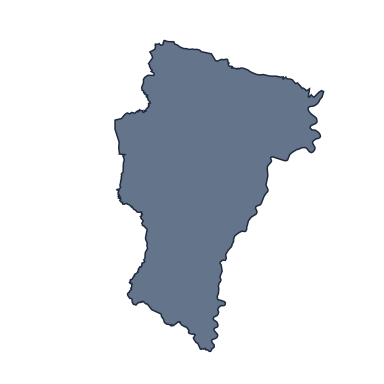 the district of Huetamo, Michoacán, Mexico, rotated 292°
{"feature_id": "50627088B12818336981253", "entity_name": "Huetamo", "entity_type": "district", "adm_level": 2, "iso_a3": "MEX", "parent_name": "Mexico", "parent_adm1": "Michoacán", "projection": "mercator", "projection_center": [-101.141, 18.66], "detail": "fine", "context": "isolated", "style": "filled", "palette": "slate", "viewbox_px": 384, "rotation_deg": 292, "n_neighbors": 0, "source": "geoboundaries", "source_scale": "gbopen_adm2", "svg_char_len": 6034}
<svg xmlns="http://www.w3.org/2000/svg" viewBox="0 0 384 384"><g transform="rotate(292 192 192)"><path d="M334.5,276.4L334.5,273.9L333.1,273.4L332.7,272.6L325.6,269.7L325.9,267.9L326.8,266.1L323.8,265.3L324.1,264.0L325.3,264.0L327.3,263.2L328.6,263.2L331.7,262.3L329.0,260.5L328.8,259.7L329.2,259.3L330.0,256.6L329.7,255.4L329.4,255.3L330.1,254.4L330.3,253.5L330.8,253.0L331.8,250.5L332.7,249.1L331.3,247.3L333.6,243.0L333.6,241.2L332.6,237.8L333.0,236.6L333.7,235.9L330.9,234.4L330.9,234.0L331.5,234.1L332.9,233.4L331.8,231.3L331.0,227.0L328.6,220.6L327.6,214.1L325.8,210.7L325.2,207.6L325.2,202.8L325.5,200.1L326.1,198.2L326.0,193.4L325.3,190.9L324.8,190.5L324.0,189.3L324.0,188.5L323.7,188.0L323.5,188.5L323.0,187.3L322.5,183.7L321.7,182.6L322.0,182.3L323.1,182.7L323.4,182.3L323.3,181.4L322.5,180.1L323.3,178.4L324.6,177.5L325.4,178.0L325.5,177.4L326.5,176.3L327.9,175.6L328.2,175.0L327.8,173.5L326.7,172.4L326.0,169.6L323.0,166.6L322.6,164.6L327.4,158.2L325.7,148.7L325.7,147.8L326.4,146.1L326.1,143.1L325.0,140.8L324.8,139.1L323.3,136.4L322.6,132.2L321.9,130.9L321.9,126.8L322.9,122.8L322.7,121.2L322.9,120.4L324.5,118.8L322.4,113.3L322.2,109.7L321.6,109.3L321.3,109.7L319.5,109.3L319.2,109.7L317.6,109.7L316.3,108.0L317.3,106.0L316.8,105.8L315.7,104.0L315.5,102.7L314.0,102.9L313.6,103.5L312.5,103.9L310.2,104.0L306.0,100.5L304.3,102.9L301.8,105.2L294.6,103.6L294.1,104.9L292.3,105.7L291.9,106.6L290.6,107.7L290.4,109.1L289.7,109.4L288.4,108.9L288.1,112.0L286.5,113.0L285.7,112.6L283.7,107.4L280.8,105.4L278.4,104.8L274.6,106.2L270.4,106.1L267.6,107.6L267.7,109.2L266.2,109.9L265.6,110.8L266.2,110.9L266.3,111.2L265.7,111.3L264.8,112.3L264.8,113.2L265.2,113.7L264.9,114.5L264.1,114.3L263.7,114.9L263.1,114.3L262.9,115.4L260.8,116.9L260.2,118.6L259.0,120.0L258.5,119.9L258.3,119.0L257.8,118.5L256.7,119.1L256.4,119.9L255.3,119.3L254.6,120.0L252.3,118.6L250.7,118.4L249.8,118.9L249.6,117.3L248.8,118.0L247.7,117.4L247.7,116.5L248.8,115.6L248.2,113.0L248.6,112.6L247.8,112.2L246.4,112.4L246.2,111.7L246.7,111.2L246.5,110.9L243.5,109.4L243.3,106.7L243.0,106.1L241.1,105.1L241.0,102.3L239.7,101.3L237.6,100.3L233.8,99.2L229.8,93.7L221.4,97.1L210.9,105.8L205.3,107.6L200.8,110.2L200.0,110.3L201.5,115.7L199.5,114.4L198.1,116.0L196.2,117.3L194.0,117.4L192.1,117.9L184.8,120.6L182.0,119.8L180.8,120.7L179.2,120.8L178.4,121.5L175.9,121.6L173.9,122.3L171.8,122.5L170.4,123.1L169.7,124.1L167.3,123.4L166.5,121.7L165.9,121.5L165.7,123.7L163.8,123.7L162.3,124.3L162.5,125.1L161.8,125.8L160.7,125.1L160.2,125.2L159.9,126.2L160.7,126.4L160.8,126.7L160.1,127.7L159.7,127.6L159.6,126.8L158.9,126.3L158.8,128.5L158.3,128.7L157.1,128.2L156.8,128.7L156.9,129.1L156.0,130.3L156.4,131.4L155.3,131.8L154.8,132.5L155.3,133.3L155.3,134.0L156.3,134.6L156.9,135.9L156.5,136.5L156.6,138.9L155.5,141.5L155.9,141.9L155.2,142.3L155.2,142.9L154.2,144.3L153.9,146.8L152.8,148.7L154.4,152.8L152.8,153.3L153.1,153.8L152.8,154.3L152.2,154.0L151.5,154.2L150.0,153.4L149.9,154.3L148.7,154.3L147.0,157.6L144.2,157.2L143.2,158.3L142.5,158.5L142.3,160.9L141.3,162.4L141.0,163.9L140.3,164.5L132.3,166.0L130.8,166.7L127.7,169.8L126.1,169.9L123.1,171.9L118.2,171.4L114.5,172.6L113.9,173.0L112.8,173.2L111.0,172.7L109.8,174.3L109.3,173.8L108.5,173.8L107.4,172.3L106.2,172.5L105.1,173.2L104.0,172.7L103.1,172.7L103.1,171.7L100.0,171.2L99.4,171.7L97.7,171.4L97.1,171.8L94.1,169.7L93.0,169.6L92.7,170.1L92.2,170.2L91.2,169.4L88.8,169.3L87.7,167.9L87.0,167.7L86.4,168.3L85.6,168.4L84.8,167.8L84.5,168.1L84.0,169.2L84.6,169.6L84.7,170.4L84.2,170.9L83.6,170.8L81.5,171.7L79.9,171.3L79.3,172.4L76.9,171.3L75.5,171.5L75.4,171.1L73.6,170.3L72.1,171.1L70.0,174.3L70.4,175.4L70.2,176.6L67.5,177.8L65.9,179.9L66.4,181.3L66.1,181.9L66.4,182.5L68.9,183.4L69.8,184.4L69.9,185.1L71.5,186.3L71.1,186.7L72.2,187.6L71.0,191.2L71.4,192.6L67.8,198.7L67.3,209.1L65.1,210.4L63.2,213.4L60.7,215.3L60.0,218.2L60.5,219.6L60.5,221.9L61.1,222.4L60.1,222.8L60.5,223.7L61.3,224.0L61.2,224.8L64.6,226.9L65.9,227.4L66.5,228.2L66.4,228.9L66.8,228.8L67.0,229.9L65.9,230.5L64.9,232.1L64.4,235.6L64.7,235.7L64.8,236.2L64.1,238.5L62.3,241.2L60.8,241.2L59.9,242.1L60.2,245.5L61.0,246.8L61.0,248.0L60.4,248.6L59.2,248.1L58.0,248.3L57.3,247.9L56.3,248.7L53.9,252.2L53.9,254.0L49.5,258.6L49.6,259.5L50.5,260.0L50.6,261.2L50.9,261.3L51.0,261.9L51.9,263.0L51.1,263.3L50.9,264.2L51.4,265.6L50.7,267.8L51.3,269.0L54.0,269.3L56.6,270.7L58.6,269.7L59.9,267.1L61.3,265.9L62.7,266.1L65.0,268.6L66.3,269.5L67.3,269.7L68.5,269.6L69.7,268.8L71.2,265.6L72.5,263.9L73.5,263.7L74.4,264.1L76.4,266.1L78.2,266.1L80.7,263.8L81.7,259.6L83.4,259.0L84.5,259.3L86.8,261.5L88.5,261.9L90.6,261.7L92.8,259.8L95.6,260.2L97.2,261.2L98.9,264.5L100.0,264.9L100.8,264.8L102.0,264.3L102.5,263.2L102.3,258.6L101.8,256.5L102.8,255.5L104.6,254.5L107.9,254.5L112.5,253.0L114.6,251.7L117.9,251.3L119.3,251.9L121.3,251.8L123.8,249.7L129.9,249.6L134.8,246.7L135.7,246.0L136.2,244.8L137.2,244.3L139.6,245.5L140.5,246.3L140.9,248.3L142.4,248.7L143.5,248.6L145.9,247.0L147.0,246.7L151.3,247.3L156.2,249.1L159.1,248.8L161.7,249.1L163.9,248.2L167.4,248.1L171.5,250.5L174.2,252.7L175.3,256.1L176.2,256.6L178.2,256.6L180.5,255.7L181.6,255.8L186.3,255.1L191.0,256.4L195.3,259.6L197.3,259.9L198.6,259.3L200.8,256.9L202.1,256.7L203.5,257.6L205.4,259.8L207.0,260.5L214.8,260.4L218.5,261.1L220.6,262.0L221.8,261.9L222.8,261.4L226.3,257.9L235.3,256.3L242.5,252.7L244.8,252.5L249.8,254.2L251.0,253.9L252.4,252.4L253.7,252.1L254.8,253.4L255.7,265.9L256.3,267.6L257.4,268.6L263.3,268.6L266.0,269.9L270.2,272.9L272.1,275.3L274.4,277.5L275.7,280.6L275.3,282.2L273.3,285.7L273.3,288.1L274.8,289.3L277.2,289.9L279.3,289.4L282.3,285.6L283.5,285.1L285.0,285.4L287.4,286.8L289.2,289.2L290.5,290.2L291.4,290.3L292.4,289.9L294.0,288.2L294.7,286.6L295.5,283.2L294.5,279.8L295.7,277.5L297.0,277.2L298.4,277.7L301.9,281.1L303.5,281.6L304.4,281.4L306.3,280.3L307.3,279.2L309.0,273.2L310.4,270.4L311.8,268.9L313.2,268.3L314.4,268.5L315.2,269.1L317.8,273.2L320.7,275.1L322.9,275.8L325.4,275.9L328.9,277.0L334.5,276.4Z" fill="#64748b" stroke="#1e293b" stroke-width="1.5"/></g></svg>